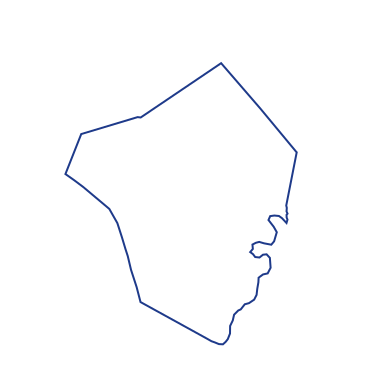 the district of R'Kiz, Trarza, Mauritania, rotated 310°
{"feature_id": "47542326B92400580164100", "entity_name": "R'Kiz", "entity_type": "district", "adm_level": 2, "iso_a3": "MRT", "parent_name": "Mauritania", "parent_adm1": "Trarza", "projection": "mercator", "projection_center": [-15.137, 16.952], "detail": "fine", "context": "isolated", "style": "outline", "palette": "blue", "viewbox_px": 384, "rotation_deg": 310, "n_neighbors": 0, "source": "geoboundaries", "source_scale": "gbopen_adm2", "svg_char_len": 1006}
<svg xmlns="http://www.w3.org/2000/svg" viewBox="0 0 384 384"><g transform="rotate(310 192 192)"><path d="M289.7,246.4L299.9,190.4L309.4,131.5L216.1,104.8L214.4,102.2L165.2,69.9L124.4,83.5L125.3,94.3L125.9,105.5L125.9,139.5L120.2,154.8L112.1,167.7L105.6,177.6L101.6,184.0L93.2,195.3L83.5,210.8L74.6,223.3L89.4,298.4L90.2,302.8L91.4,306.0L92.8,310.4L95.2,313.6L98.8,314.1L102.3,314.0L108.0,312.1L113.9,307.3L119.8,305.8L125.1,303.1L131.0,303.6L133.4,304.8L139.9,304.6L143.5,307.1L149.5,308.8L154.7,307.6L160.0,304.1L165.5,300.9L169.2,298.1L174.5,299.4L178.3,302.3L184.5,300.9L191.6,294.0L192.2,289.2L189.6,286.7L185.2,285.8L182.8,282.2L183.6,278.7L183.4,275.2L187.5,275.2L190.6,272.1L194.2,273.6L197.0,275.6L199.0,280.2L202.6,286.6L207.0,286.6L215.7,282.8L217.9,276.9L219.7,268.6L223.8,267.4L226.9,270.2L229.5,274.0L229.8,277.7L229.0,284.3L232.2,282.9L233.3,280.9L235.3,279.1L236.8,279.1L237.9,276.9L240.8,274.8L242.2,272.9L289.7,246.7L289.7,246.4Z" fill="none" stroke="#1e3a8a" stroke-width="2"/></g></svg>